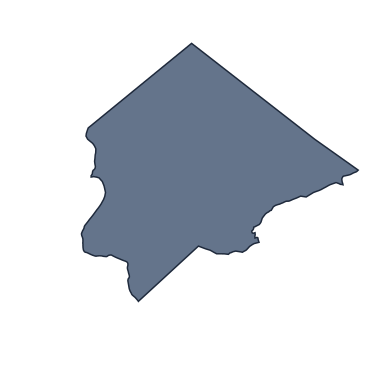 Morne Paul, Laborie, Saint Lucia, rotated 306°
{"feature_id": "8701671B65386836314559", "entity_name": "Morne Paul", "entity_type": "district", "adm_level": 2, "iso_a3": "LCA", "parent_name": "Saint Lucia", "parent_adm1": "Laborie", "projection": "albers", "projection_center": [-61.012, 13.766], "detail": "fine", "context": "isolated", "style": "filled", "palette": "slate", "viewbox_px": 384, "rotation_deg": 306, "n_neighbors": 0, "source": "geoboundaries", "source_scale": "gbopen_adm2", "svg_char_len": 3655}
<svg xmlns="http://www.w3.org/2000/svg" viewBox="0 0 384 384"><g transform="rotate(306 192 192)"><path d="M306.8,260.5L309.4,182.0L312.0,104.3L182.9,70.4L182.7,70.5L181.6,70.7L180.4,71.1L177.3,72.1L176.2,72.7L174.9,73.4L173.4,76.5L173.2,79.0L173.0,82.9L172.5,84.6L172.0,85.9L170.5,88.7L169.6,89.4L167.0,91.1L165.1,91.9L162.2,93.7L160.0,94.9L159.5,95.2L157.5,97.1L156.0,98.7L155.8,98.9L154.1,99.7L153.4,99.7L152.4,99.6L151.5,99.3L150.3,99.5L147.7,100.8L147.2,100.8L145.9,100.8L144.8,101.6L146.3,103.1L146.6,103.2L147.4,105.0L147.8,105.6L148.8,108.5L148.1,111.5L147.8,113.2L145.3,117.2L144.0,118.7L140.8,122.3L137.2,124.0L133.8,124.9L132.0,125.1L128.9,125.5L126.8,125.6L123.4,125.6L121.8,125.5L118.7,125.5L116.0,125.5L112.6,125.4L109.6,125.2L106.9,125.2L104.4,125.1L102.6,125.0L101.0,125.1L99.2,125.9L98.2,126.1L96.3,126.3L93.5,127.0L92.7,127.6L91.7,128.7L91.5,129.2L90.7,130.3L89.8,131.4L88.6,132.3L87.5,133.1L86.6,133.6L85.5,134.6L84.5,135.3L83.4,136.2L83.0,136.5L81.3,138.2L80.8,139.2L80.5,139.9L80.5,140.4L80.5,140.9L80.8,141.6L81.1,142.3L81.3,142.9L81.4,143.6L81.6,144.6L81.7,145.4L81.9,146.2L82.0,147.0L82.2,147.5L82.3,148.1L82.3,148.4L82.7,149.4L82.8,149.9L83.0,150.6L83.4,151.5L83.6,152.0L84.0,152.4L84.6,153.0L85.1,153.6L85.5,154.0L85.9,154.5L86.4,155.2L86.7,155.7L87.1,156.3L87.3,156.7L87.5,157.2L87.8,157.9L88.0,158.4L88.4,159.0L88.6,159.4L88.9,159.9L89.2,160.4L89.6,160.9L89.9,161.1L90.5,161.3L91.4,161.6L91.9,161.9L92.2,162.1L92.7,162.7L93.1,163.1L93.3,163.3L93.6,163.8L93.7,164.1L93.8,165.3L94.1,167.2L94.4,168.8L94.6,169.8L95.3,172.7L95.8,174.9L96.2,176.5L96.6,177.9L96.9,178.8L97.0,179.4L97.1,179.9L97.1,180.3L97.1,180.7L97.0,181.1L96.9,181.4L96.6,182.0L96.2,182.3L95.5,182.9L94.6,183.4L93.5,183.8L92.8,184.2L92.4,184.5L91.8,185.1L91.3,185.7L90.6,186.7L89.0,188.5L87.9,190.0L87.2,190.7L86.4,191.3L86.1,191.4L85.7,191.5L85.2,191.5L85.4,191.4L84.0,191.5L83.6,191.7L83.2,191.9L82.6,192.2L82.2,192.6L81.5,193.3L78.4,196.5L77.3,197.6L76.7,198.3L76.2,199.0L75.7,199.8L75.3,200.4L75.0,201.2L74.8,201.5L74.5,202.3L74.0,203.0L73.7,203.8L73.5,204.6L73.5,205.3L73.4,206.2L73.3,207.8L73.2,208.4L73.0,209.2L72.8,210.2L72.6,211.0L72.4,211.8L72.3,212.3L72.0,212.9L152.0,229.0L153.3,233.7L154.0,236.3L155.6,241.0L156.1,245.4L156.5,248.3L157.7,249.9L160.9,254.4L163.0,258.1L165.0,258.5L165.8,259.2L167.8,260.3L169.9,262.1L170.8,263.9L172.2,266.6L172.9,268.2L174.4,268.8L176.3,269.8L177.4,270.1L179.1,270.3L181.9,270.6L184.9,271.7L186.8,272.6L188.9,274.3L190.7,275.8L192.2,273.7L193.6,272.3L193.6,271.6L193.1,270.9L191.8,270.0L192.9,269.0L194.6,268.2L196.1,266.9L194.8,266.0L194.3,264.9L195.0,263.7L195.9,263.3L196.9,263.6L198.5,263.4L199.8,262.6L200.8,263.3L202.9,264.3L205.2,265.5L206.8,265.6L208.2,265.5L209.4,265.1L212.1,264.2L214.1,264.2L217.4,264.3L219.7,265.0L220.9,265.7L222.5,266.0L223.8,266.9L224.4,266.8L225.9,266.7L227.4,266.5L228.2,266.6L229.2,267.0L230.2,267.4L231.1,268.0L232.5,269.0L233.8,270.1L235.1,270.8L235.9,271.3L236.4,271.7L237.2,272.1L238.2,272.6L239.4,273.3L239.9,273.7L240.4,274.2L241.0,275.1L241.9,276.0L242.9,276.6L245.2,277.9L246.6,278.8L248.4,280.0L249.6,280.7L251.6,281.8L252.5,282.3L255.1,287.3L257.6,288.3L260.2,289.4L261.9,290.1L263.1,290.6L266.2,292.7L267.6,293.7L269.8,295.0L272.4,296.2L274.6,297.3L277.7,298.7L279.2,299.5L283.0,302.1L283.8,302.7L284.2,302.9L284.5,303.6L284.9,305.0L285.2,306.0L285.4,307.5L286.1,308.7L286.6,309.9L287.5,308.9L288.4,307.6L289.2,306.8L290.6,305.5L291.1,305.3L293.3,305.0L294.1,305.4L294.9,306.2L295.6,306.8L296.3,307.4L296.9,308.0L299.0,309.7L300.1,310.3L302.4,311.4L303.3,312.0L305.0,313.1L306.1,313.4L307.4,313.6L306.8,260.5Z" fill="#64748b" stroke="#1e293b" stroke-width="1.5"/></g></svg>